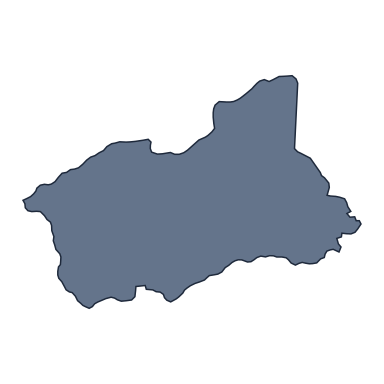 Colina, São Paulo, Brazil (orthographic projection)
{"feature_id": "56859067B82565562664373", "entity_name": "Colina", "entity_type": "district", "adm_level": 2, "iso_a3": "BRA", "parent_name": "Brazil", "parent_adm1": "São Paulo", "projection": "orthographic", "projection_center": [-48.594, -20.735], "detail": "fine", "context": "isolated", "style": "filled", "palette": "slate", "viewbox_px": 384, "rotation_deg": 0, "n_neighbors": 0, "source": "geoboundaries", "source_scale": "gbopen_adm2", "svg_char_len": 2576}
<svg xmlns="http://www.w3.org/2000/svg" viewBox="0 0 384 384"><path d="M23.0,200.3L24.9,203.7L25.3,207.8L27.9,210.7L31.7,211.6L36.5,211.3L40.4,211.6L44.5,215.7L47.0,219.5L50.4,222.1L51.6,225.5L51.8,230.7L53.9,236.6L53.3,240.8L54.7,244.9L55.9,249.4L59.8,253.8L60.9,257.0L60.7,261.0L60.4,264.6L58.5,266.9L57.8,271.3L57.8,275.0L58.8,278.3L61.8,281.7L64.5,286.7L66.1,289.8L69.3,291.9L72.2,292.6L75.4,296.2L77.6,300.7L80.5,303.1L82.9,305.4L85.5,306.7L89.2,308.3L92.4,306.6L94.6,303.8L97.6,302.1L102.1,300.2L105.8,298.6L111.1,297.2L114.6,298.1L117.4,299.8L121.3,301.2L126.5,300.7L131.6,300.0L134.9,296.7L135.6,290.5L135.9,286.5L145.2,285.5L146.3,289.3L152.8,289.9L156.1,291.7L160.2,292.1L163.4,294.4L164.5,297.7L166.8,300.2L170.7,301.9L176.2,298.9L178.8,296.9L182.8,293.1L184.5,290.1L187.2,287.9L190.4,285.7L195.1,283.4L199.4,282.0L204.5,280.0L206.9,277.7L209.3,275.6L214.2,274.8L217.9,274.1L221.8,272.0L225.2,267.6L228.8,265.3L232.0,262.5L235.0,260.8L238.2,259.8L241.8,259.9L247.5,262.0L251.0,261.7L254.1,259.7L256.8,257.6L260.8,256.1L265.5,256.9L269.5,255.7L273.4,255.8L276.8,257.0L282.0,257.0L286.2,257.8L288.5,259.8L291.1,263.0L295.4,265.1L298.9,263.4L302.2,262.4L305.7,263.2L309.3,263.8L312.7,263.6L316.7,262.9L320.6,258.9L324.3,257.5L325.1,254.1L326.9,251.1L330.2,249.9L333.2,249.3L339.0,252.0L341.0,247.0L338.4,243.9L336.8,238.4L341.4,236.9L341.9,233.2L346.3,233.7L351.0,233.9L355.0,232.3L357.6,229.1L361.0,224.0L359.3,220.7L356.2,220.7L354.7,216.8L350.0,217.2L346.9,213.5L350.8,211.4L347.8,206.7L346.7,202.7L344.6,198.8L339.6,197.2L335.7,196.4L330.3,196.0L327.1,195.3L329.3,187.5L328.8,183.1L324.5,177.8L321.5,175.6L320.3,172.5L310.3,158.2L300.8,153.3L297.6,151.8L294.5,148.6L297.7,83.2L296.0,78.9L292.1,75.7L287.0,76.1L283.7,76.3L279.1,76.5L273.0,79.7L269.1,81.5L264.3,79.6L259.7,81.1L257.0,83.3L254.1,86.3L251.9,88.8L245.7,94.0L240.3,98.2L237.4,99.9L233.7,101.5L230.3,102.0L226.2,102.0L219.2,101.6L215.1,105.1L213.7,108.8L213.2,112.7L213.2,117.2L213.8,123.4L214.6,128.4L211.9,131.9L207.9,135.5L205.3,137.2L198.9,140.0L187.5,150.2L183.8,152.7L179.2,154.3L174.7,154.3L170.4,152.5L162.3,153.8L157.4,154.1L151.6,152.1L150.3,148.6L150.4,145.2L151.0,142.1L148.2,139.3L143.4,140.2L135.3,141.4L130.1,141.9L126.2,142.1L119.7,141.8L115.1,143.1L111.7,143.7L106.9,146.6L103.5,150.6L99.1,152.8L95.0,155.6L90.7,157.1L86.7,160.1L82.8,164.2L78.5,167.8L74.5,169.1L70.5,169.6L66.6,172.4L62.1,173.2L58.4,177.3L55.0,181.7L51.3,184.1L48.3,184.8L44.4,184.3L40.3,185.2L36.9,188.1L35.9,191.0L33.7,193.8L30.6,196.6L26.9,198.5L23.0,200.3Z" fill="#64748b" stroke="#1e293b" stroke-width="1.5"/></svg>